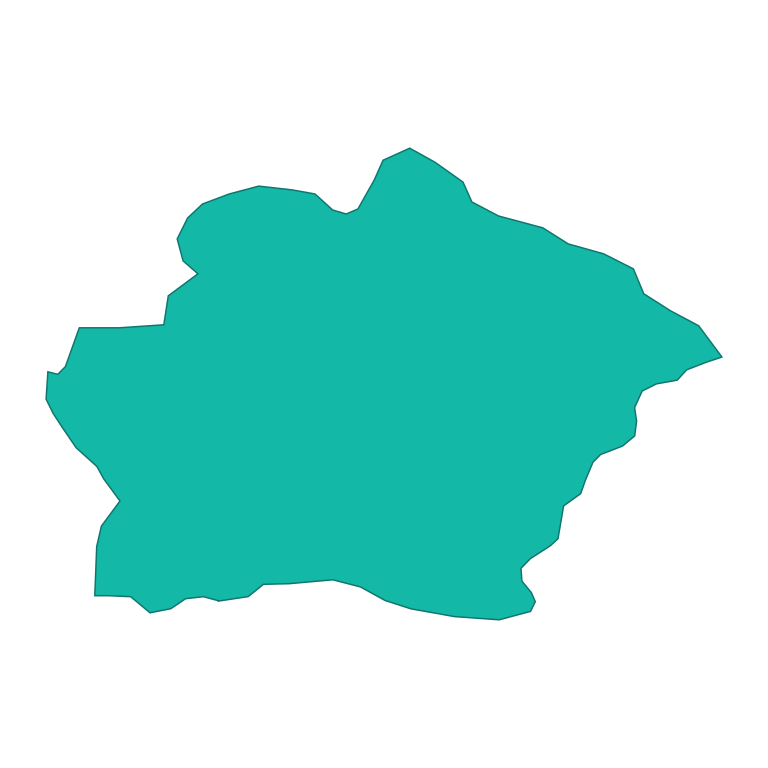 the district of Finspång, Östergötland, Sweden
{"feature_id": "70781695B24148973800204", "entity_name": "Finspång", "entity_type": "district", "adm_level": 2, "iso_a3": "SWE", "parent_name": "Sweden", "parent_adm1": "Östergötland", "projection": "robinson", "projection_center": [15.801, 58.843], "detail": "fine", "context": "isolated", "style": "filled", "palette": "teal", "viewbox_px": 768, "rotation_deg": 0, "n_neighbors": 0, "source": "geoboundaries", "source_scale": "gbopen_adm2", "svg_char_len": 1165}
<svg xmlns="http://www.w3.org/2000/svg" viewBox="0 0 768 768"><path d="M218.3,601.1L248.2,596.6L263.5,584.3L289.1,583.7L332.8,579.8L360.4,586.9L385.1,600.5L410.8,608.8L454.5,616.6L499.2,619.8L530.5,611.4L535.3,601.7L531.4,592.7L521.9,581.1L521.0,568.3L530.4,558.6L550.4,545.7L558.0,538.7L563.6,505.9L580.7,493.6L585.4,480.2L593.0,462.2L600.6,454.5L622.4,446.1L634.7,435.9L636.6,421.1L634.6,407.6L642.2,391.0L656.4,383.9L677.3,380.1L686.7,369.8L706.6,362.1L721.9,357.0L698.7,325.8L670.5,310.8L643.8,293.8L633.4,268.9L603.8,253.9L568.2,243.9L545.4,229.5L543.0,227.9L498.6,216.0L471.9,202.0L463.0,182.1L434.9,162.2L409.7,148.2L383.1,160.2L374.2,180.1L357.9,209.0L346.1,214.0L332.7,210.0L315.0,194.0L292.8,190.0L258.7,186.1L254.7,187.2L229.1,194.0L202.5,204.0L187.6,218.0L184.0,225.3L177.2,238.9L183.1,260.9L197.9,273.8L168.3,295.8L163.8,324.8L119.3,327.8L79.3,327.8L65.4,366.6L57.8,374.3L47.9,371.8L46.1,399.1L53.0,413.2L62.2,427.3L76.1,447.7L96.9,466.5L103.8,479.0L120.0,501.0L101.4,526.1L96.7,546.5L94.8,595.7L108.4,595.7L130.7,596.7L150.0,612.8L170.8,608.7L185.6,598.7L203.5,596.7L218.3,600.7L218.3,601.1Z" fill="#14b8a6" stroke="#0f766e" stroke-width="1.5"/></svg>